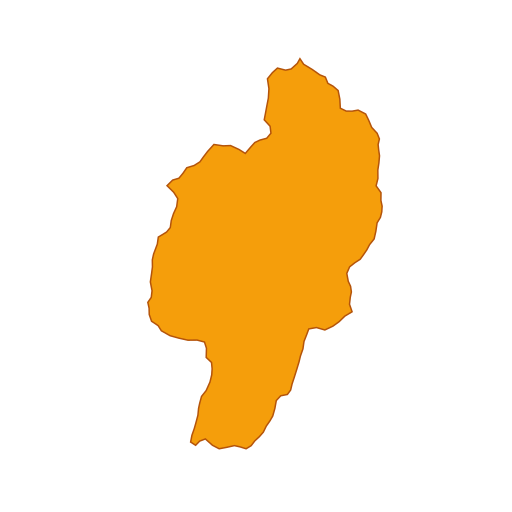 Alagoa, Minas Gerais, Brazil, rotated 296°
{"feature_id": "56859067B6627206696015", "entity_name": "Alagoa", "entity_type": "district", "adm_level": 2, "iso_a3": "BRA", "parent_name": "Brazil", "parent_adm1": "Minas Gerais", "projection": "mercator", "projection_center": [-44.664, -22.183], "detail": "fine", "context": "isolated", "style": "filled", "palette": "amber", "viewbox_px": 512, "rotation_deg": 296, "n_neighbors": 0, "source": "geoboundaries", "source_scale": "gbopen_adm2", "svg_char_len": 2012}
<svg xmlns="http://www.w3.org/2000/svg" viewBox="0 0 512 512"><g transform="rotate(296 256 256)"><path d="M230.2,159.9L223.4,162.1L212.9,163.1L207.1,164.5L200.8,167.7L194.3,169.9L186.4,172.4L179.2,177.8L172.9,180.0L166.9,179.1L162.2,182.8L156.6,185.7L151.6,190.7L150.5,198.6L147.3,203.7L146.7,213.7L148.4,222.9L150.5,231.7L154.6,239.9L156.1,247.4L151.4,251.9L143.0,255.7L140.8,262.7L135.4,266.0L129.8,268.3L122.5,269.9L113.2,270.2L105.9,268.6L99.1,269.9L93.8,271.2L87.4,273.6L79.3,275.2L73.7,276.2L66.8,277.0L60.1,278.8L59.4,284.7L64.9,286.5L69.4,290.7L66.8,299.8L66.6,307.4L71.3,313.7L76.1,319.7L77.5,325.6L78.4,331.6L83.4,334.8L89.4,336.0L95.0,338.2L100.9,339.8L107.6,339.8L114.0,340.8L119.5,341.2L127.2,339.8L135.0,337.6L141.2,339.5L145.3,344.9L150.7,345.9L156.9,344.5L163.6,343.6L171.5,342.4L179.6,341.1L185.5,339.8L193.1,338.9L200.2,336.6L207.7,336.0L213.6,335.4L218.2,341.7L219.7,350.3L226.7,355.9L233.4,359.5L240.9,362.2L248.0,366.8L253.6,361.2L260.3,358.8L265.5,357.5L270.2,354.3L273.7,350.0L280.2,345.2L287.3,344.9L293.3,347.8L298.8,351.1L304.6,352.1L310.0,352.9L316.0,353.1L323.1,354.7L330.7,352.9L338.9,350.3L345.2,350.9L350.8,349.7L356.1,347.5L360.7,343.9L367.7,340.6L371.7,333.2L379.1,331.6L386.7,327.8L393.4,325.7L400.2,323.1L404.9,319.9L409.7,316.9L415.3,315.6L419.4,311.1L422.3,303.6L427.3,297.9L431.7,292.3L431.9,283.8L428.4,279.0L425.8,273.6L425.8,267.0L433.7,262.6L440.7,257.3L442.4,250.9L442.7,244.9L447.2,239.9L446.8,233.9L448.3,224.8L449.2,214.8L452.6,209.0L447.2,208.7L439.5,205.6L436.0,201.1L434.3,192.9L428.1,190.4L420.3,188.6L412.0,194.3L403.3,197.9L395.1,200.1L387.9,202.1L382.0,203.7L378.8,211.8L372.9,215.6L366.5,214.0L361.9,208.7L357.5,205.2L352.0,203.6L343.5,201.4L344.3,193.9L344.1,184.7L340.6,178.2L337.8,169.3L328.9,166.7L321.9,165.3L316.0,164.3L310.2,160.7L305.0,155.1L298.3,154.1L292.1,152.6L287.7,147.8L280.2,145.2L277.2,154.1L273.3,160.5L265.5,163.1L257.9,163.3L250.7,164.3L244.0,166.5L238.3,165.1L230.2,159.9Z" fill="#f59e0b" stroke="#b45309" stroke-width="1.5"/></g></svg>